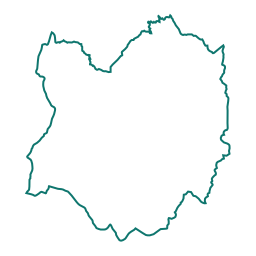 the district of Kon Tum, Kon Tum, Vietnam
{"feature_id": "81297802B636661033486", "entity_name": "Kon Tum", "entity_type": "district", "adm_level": 2, "iso_a3": "VNM", "parent_name": "Vietnam", "parent_adm1": "Kon Tum", "projection": "natural_earth1", "projection_center": [107.986, 14.341], "detail": "fine", "context": "isolated", "style": "outline", "palette": "teal", "viewbox_px": 256, "rotation_deg": 0, "n_neighbors": 0, "source": "geoboundaries", "source_scale": "gbopen_adm2", "svg_char_len": 5660}
<svg xmlns="http://www.w3.org/2000/svg" viewBox="0 0 256 256"><path d="M224.1,134.8L223.5,133.3L223.9,131.6L225.4,130.2L226.8,130.0L227.5,128.9L227.7,128.1L227.5,123.1L227.6,110.8L227.4,106.8L228.2,101.2L228.4,98.8L228.3,97.9L228.0,97.3L226.6,95.9L226.7,95.0L226.6,94.1L226.2,93.6L225.5,93.2L225.3,92.7L225.9,90.5L226.6,89.1L226.2,87.7L226.3,85.5L223.7,83.5L222.5,82.8L221.8,81.0L220.3,79.0L221.1,77.2L221.9,76.4L222.6,74.6L224.0,73.0L224.2,72.5L224.1,71.5L224.2,70.2L225.0,68.1L225.0,66.8L224.8,66.2L223.8,65.3L222.3,64.8L222.1,64.2L222.9,61.3L223.5,57.6L223.4,56.0L223.6,54.3L222.7,52.0L222.5,50.9L223.1,48.7L223.8,47.0L223.8,46.6L223.3,45.4L221.3,46.9L214.0,52.9L213.0,53.2L212.6,53.0L212.2,52.2L209.5,50.9L208.2,49.6L207.6,48.0L207.4,45.6L205.7,45.7L205.3,45.5L204.4,44.0L203.9,43.0L203.5,41.6L202.3,39.4L201.2,39.6L200.1,39.3L198.6,38.3L195.9,35.9L195.0,35.7L193.7,35.9L191.8,34.4L187.7,34.4L186.4,34.9L184.9,34.6L183.9,34.7L183.1,35.0L182.0,34.6L181.1,34.0L180.6,33.5L178.8,29.1L175.8,25.3L174.5,22.7L173.3,21.0L172.5,18.8L171.6,18.0L171.1,16.3L170.2,15.4L169.3,17.3L168.9,17.4L167.1,17.0L166.2,17.1L165.3,17.8L164.8,19.2L163.9,19.8L163.3,19.5L162.4,18.3L162.0,18.4L161.4,18.9L160.7,18.8L159.8,17.3L158.5,16.0L158.4,16.1L158.6,17.0L159.5,18.8L159.1,20.0L159.6,21.2L159.6,22.0L159.1,21.8L158.4,21.1L157.3,21.1L156.7,21.1L156.1,21.5L155.9,22.4L155.7,22.6L154.6,22.5L153.9,21.9L153.2,22.7L152.8,22.8L150.9,21.4L150.8,21.5L150.6,22.4L150.3,22.6L150.0,22.6L148.9,21.7L148.4,21.7L148.0,22.2L148.1,22.7L149.3,23.5L149.8,24.2L149.8,25.1L148.8,26.6L148.8,27.0L148.9,27.3L149.3,27.5L149.7,28.3L150.3,28.6L150.2,28.9L149.5,29.4L149.5,29.9L149.7,30.4L150.8,31.4L151.3,33.3L150.3,33.3L149.9,33.2L149.3,31.8L149.0,31.7L146.2,31.7L145.2,31.4L144.2,30.7L143.4,31.3L142.1,31.2L141.1,32.5L140.4,34.5L139.8,34.8L138.8,35.7L138.3,36.6L134.1,38.8L133.9,39.6L133.5,40.0L131.8,40.0L130.5,40.9L128.7,43.6L127.7,44.9L127.3,46.5L126.9,47.1L125.1,49.1L122.0,51.8L121.8,52.6L122.2,54.6L122.2,55.3L120.7,56.1L117.6,59.8L112.7,64.5L110.6,67.0L110.6,71.9L108.6,72.1L105.7,71.2L104.3,71.3L102.9,71.0L101.2,69.9L98.9,69.0L97.6,69.7L97.0,69.8L95.5,68.9L94.3,66.5L93.1,65.5L92.7,65.8L92.2,65.2L91.4,64.6L90.0,64.4L90.0,63.8L90.3,63.3L90.5,62.1L90.1,61.3L89.9,60.5L89.1,59.0L89.2,58.7L90.0,58.9L90.3,58.9L90.2,58.5L89.2,56.7L89.3,56.3L89.6,55.8L89.6,55.1L88.7,54.9L87.9,55.1L86.2,54.6L85.4,53.7L84.0,52.7L83.8,51.8L83.5,51.4L82.7,51.1L82.3,50.8L82.2,50.3L82.2,46.8L82.0,46.4L81.4,45.8L81.3,44.1L79.8,44.0L77.8,42.4L75.3,42.1L74.0,41.6L71.9,42.5L68.1,42.3L67.3,42.7L66.4,42.0L64.7,41.3L63.6,40.3L63.1,40.9L62.4,41.2L61.4,41.7L60.4,41.9L59.8,42.7L59.6,42.7L59.2,42.2L58.7,42.2L57.3,42.4L56.6,42.8L56.1,42.7L55.6,42.4L55.3,41.9L55.3,41.3L55.0,37.5L54.6,35.3L53.2,33.3L51.8,32.4L50.8,34.9L49.0,41.3L47.9,44.2L47.3,44.7L46.8,44.8L45.4,44.1L44.6,44.1L42.5,44.7L42.2,45.0L41.8,47.7L41.3,49.9L38.5,56.3L38.0,60.0L37.3,68.0L37.2,68.8L36.2,71.0L36.1,72.0L36.3,72.7L36.7,73.3L37.4,73.8L38.8,74.4L39.5,75.8L40.0,76.3L40.5,76.5L42.4,76.6L43.0,76.8L44.1,77.5L44.5,78.1L44.6,78.7L44.4,79.5L43.4,81.6L43.2,84.3L43.3,86.2L44.3,90.5L46.0,93.9L46.4,95.9L47.2,98.1L50.1,103.0L51.2,105.3L51.9,106.0L54.2,107.3L55.0,108.4L55.1,109.2L55.0,110.5L54.1,114.1L53.3,116.1L52.0,118.8L51.1,122.9L50.5,125.2L49.9,126.4L47.7,129.1L46.9,132.6L46.4,133.1L44.3,134.1L44.0,134.6L43.8,136.0L41.8,137.7L39.6,140.6L37.1,142.8L33.9,144.7L32.9,146.2L32.4,147.9L31.7,148.8L31.3,150.5L30.7,152.0L30.0,153.2L27.2,156.5L27.3,157.1L27.6,157.6L29.2,158.6L29.9,159.2L30.5,159.5L31.3,160.8L32.1,163.5L32.4,166.6L32.5,168.6L32.2,170.5L30.4,174.5L30.5,176.3L30.3,177.3L30.4,178.2L29.5,179.7L29.4,186.6L29.1,189.6L28.4,190.5L27.2,191.7L26.4,193.1L31.4,194.3L33.1,194.9L34.5,195.7L35.0,195.8L36.3,195.3L38.7,193.7L40.5,192.2L41.3,191.9L41.8,191.9L45.7,193.3L46.0,193.1L46.8,190.8L48.3,189.0L48.8,187.6L48.9,186.4L49.0,186.2L57.9,188.8L61.7,189.2L63.2,189.6L65.3,190.7L67.8,191.5L68.4,192.0L71.6,195.5L76.7,202.1L78.1,203.7L79.6,205.0L84.3,207.5L85.2,208.4L85.5,209.1L86.1,210.9L87.9,213.2L88.6,215.4L89.1,216.2L92.2,220.0L92.6,220.9L92.8,222.3L93.0,223.1L95.2,225.9L96.5,228.1L98.7,229.0L100.6,229.5L104.4,229.5L105.6,229.3L106.8,228.6L108.0,227.5L109.2,225.6L110.1,224.6L110.4,224.6L111.1,225.5L112.6,228.8L115.8,232.8L116.2,235.0L117.5,237.3L119.5,240.2L120.7,240.6L121.5,240.6L123.0,240.1L125.1,238.8L125.7,238.1L128.4,234.0L129.2,233.1L131.2,231.6L134.2,229.8L135.5,228.4L142.6,233.0L145.9,235.0L147.5,235.3L149.9,235.3L153.6,234.2L160.6,229.1L166.2,228.7L167.1,228.4L167.2,228.1L167.3,225.5L168.7,223.8L168.7,221.3L168.4,219.3L168.8,218.1L169.5,218.1L171.2,218.7L171.7,218.8L174.4,217.6L175.4,216.8L175.9,215.2L175.9,214.4L175.6,213.4L174.8,212.5L174.8,212.2L175.5,211.7L175.8,211.2L177.5,207.6L178.9,205.7L180.6,204.0L180.8,203.5L180.7,202.6L181.7,202.0L182.5,200.8L183.5,198.5L183.8,194.7L185.8,194.3L188.1,191.6L191.1,192.1L193.3,195.7L194.1,196.0L195.2,196.1L195.9,196.4L198.7,198.7L200.3,200.8L201.4,202.0L203.4,203.0L204.6,203.3L205.6,203.2L204.8,201.1L205.0,198.8L205.8,197.6L207.9,196.3L207.6,194.5L207.8,193.8L208.1,193.4L209.4,192.8L209.5,191.1L210.4,187.8L212.6,185.0L212.6,184.4L211.2,182.6L211.3,182.0L212.2,181.3L212.3,180.9L211.9,179.5L211.9,178.6L212.5,177.6L213.4,176.6L214.6,175.4L215.6,174.8L215.8,174.4L215.9,173.4L215.6,172.3L214.9,171.2L214.6,170.1L215.3,169.1L216.9,168.0L216.4,166.4L216.2,165.1L216.7,162.9L217.7,161.9L220.9,160.5L222.1,159.2L223.9,158.6L223.8,158.0L223.2,155.3L226.6,155.7L229.5,153.8L229.0,151.0L229.6,148.3L229.5,145.9L229.3,145.2L228.8,144.5L227.4,143.6L223.9,142.4L221.3,140.0L220.9,139.1L220.8,137.9L221.6,135.8L222.6,135.1L224.1,134.8Z" fill="none" stroke="#0f766e" stroke-width="2"/></svg>